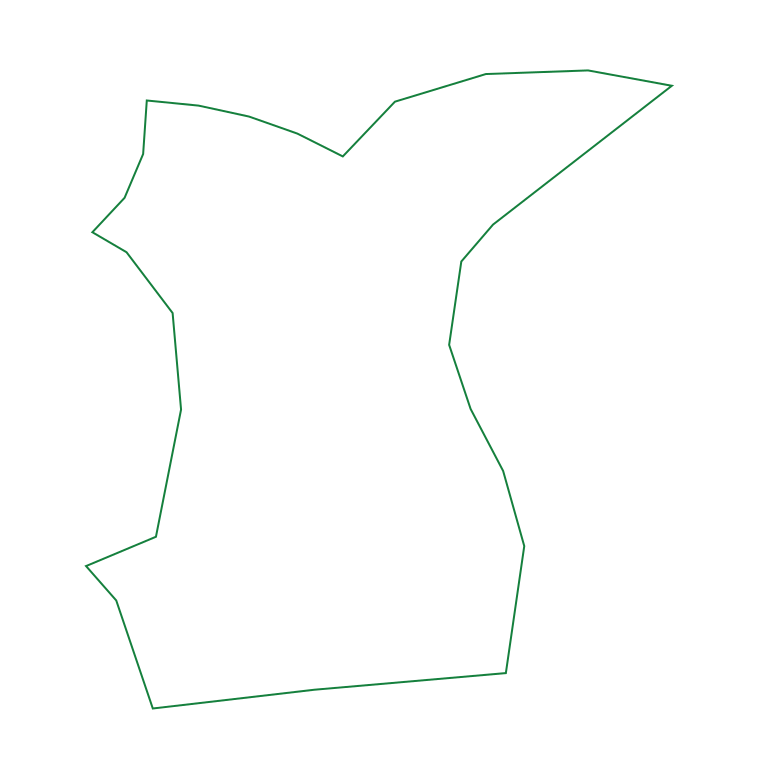 the Parish of Saint George, rotated 175°
{"feature_id": "GRD-5072", "entity_name": "Saint George", "entity_type": "Parish", "adm_level": 1, "iso_a3": "GRD", "parent_name": "Grenada", "parent_adm1": "", "projection": "mercator", "projection_center": [-61.72, 12.057], "detail": "fine", "context": "isolated", "style": "outline", "palette": "green", "viewbox_px": 768, "rotation_deg": 175, "n_neighbors": 0, "source": "natural_earth", "source_scale": "10m", "svg_char_len": 498}
<svg xmlns="http://www.w3.org/2000/svg" viewBox="0 0 768 768"><g transform="rotate(175 384 384)"><path d="M661.3,560.6L626.2,592.1L603.9,634.1L595.6,687.1L544.5,677.5L495.2,662.2L448.5,641.0L405.2,614.3L348.5,664.3L255.5,683.9L153.4,678.6L71.3,656.0L261.5,533.3L296.3,499.3L315.7,417.3L299.9,351.6L272.9,287.0L258.4,210.3L287.8,85.4L480.1,85.5L642.6,80.9L669.6,191.7L696.7,228.6L624.5,251.7L588.4,376.2L588.4,473.1L629.0,537.7L661.3,560.6Z" fill="none" stroke="#15803d" stroke-width="2"/></g></svg>